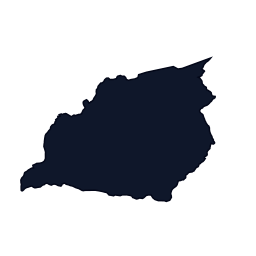 outline of Banita, Hunedoara, Romania, rotated 17°
{"feature_id": "2599482B47151005548823", "entity_name": "Banita", "entity_type": "district", "adm_level": 2, "iso_a3": "ROU", "parent_name": "Romania", "parent_adm1": "Hunedoara", "projection": "mercator", "projection_center": [23.267, 45.473], "detail": "fine", "context": "isolated", "style": "filled", "palette": "ink", "viewbox_px": 256, "rotation_deg": 17, "n_neighbors": 0, "source": "geoboundaries", "source_scale": "gbopen_adm2", "svg_char_len": 5824}
<svg xmlns="http://www.w3.org/2000/svg" viewBox="0 0 256 256"><g transform="rotate(17 128 128)"><path d="M130.4,197.4L134.1,197.0L135.1,195.8L140.3,195.0L142.1,193.6L146.2,192.3L150.0,191.8L151.7,192.0L152.8,193.1L153.9,193.1L156.8,193.4L158.0,192.8L159.5,191.6L162.5,191.1L163.5,190.0L165.2,187.1L167.4,185.9L169.8,185.4L172.2,187.5L174.7,188.5L178.3,188.6L184.0,186.9L186.1,187.0L189.0,184.9L189.8,181.7L189.2,180.2L188.3,178.9L187.9,177.8L187.9,176.9L187.9,175.6L188.0,174.2L188.8,172.5L190.9,169.7L191.5,168.0L191.5,166.8L191.5,163.9L193.4,162.9L193.6,162.9L195.1,161.6L195.8,161.5L196.1,161.4L196.3,161.1L196.5,160.9L196.6,160.5L197.0,159.7L197.4,159.3L197.6,158.9L197.6,158.3L197.0,156.6L197.0,156.2L198.0,155.0L198.5,154.0L198.9,153.0L199.1,152.7L199.4,152.5L200.1,152.3L200.6,151.8L201.2,151.7L201.6,151.4L201.9,151.4L202.2,151.2L202.5,150.8L202.8,150.4L203.3,150.0L203.6,149.8L203.7,149.6L203.7,149.0L204.0,148.5L204.1,148.0L204.2,147.7L204.4,147.2L204.5,146.7L204.9,145.8L205.1,145.4L205.5,145.2L205.9,145.0L206.3,144.5L206.5,143.8L206.5,141.9L206.7,141.5L207.5,140.9L207.6,140.6L208.0,139.7L208.3,139.3L209.4,138.2L209.6,137.9L209.7,137.5L210.2,136.7L210.4,135.8L210.8,134.7L209.9,134.5L209.8,134.1L209.6,133.6L209.6,133.3L209.7,132.9L210.2,132.7L210.7,132.1L211.0,131.5L211.3,131.3L211.5,130.6L211.5,130.3L211.1,129.6L211.1,129.2L210.5,127.9L210.9,126.4L211.1,125.9L211.5,125.1L212.0,124.2L212.3,123.8L212.0,122.5L212.0,121.6L211.8,120.6L211.9,119.8L212.1,118.3L213.2,118.4L214.1,118.5L215.0,117.6L215.2,116.9L214.2,115.8L213.7,115.7L213.4,115.4L213.1,114.4L212.5,113.7L211.5,113.2L211.4,112.9L211.3,112.6L211.1,112.3L210.6,111.4L210.2,111.1L209.5,110.5L209.3,110.3L209.2,110.1L208.8,109.7L208.4,109.2L207.7,108.3L207.1,107.4L206.4,105.9L206.2,105.4L206.0,104.8L205.9,104.2L205.7,104.0L205.5,103.7L204.8,102.7L204.6,102.5L204.1,102.4L203.7,102.3L203.1,101.9L201.6,100.7L201.0,100.2L200.7,99.8L200.3,99.3L199.9,98.9L199.4,98.5L199.1,98.2L198.8,97.6L198.7,97.3L198.5,97.1L197.9,96.5L197.4,95.8L196.7,94.9L196.0,93.8L195.8,93.5L194.9,93.0L194.5,92.9L193.5,92.6L193.1,92.4L192.6,92.0L192.0,91.6L191.8,91.3L191.4,90.5L191.5,89.6L191.9,88.3L192.2,87.9L192.6,87.6L192.9,87.4L193.2,87.1L193.4,86.9L193.6,86.1L193.9,85.6L194.4,85.0L195.5,84.1L195.9,83.8L196.8,83.2L197.0,82.9L197.3,82.5L197.9,81.7L198.2,81.1L198.6,80.4L198.9,79.6L199.3,78.6L199.7,78.4L199.7,78.2L199.9,77.9L200.0,77.8L200.1,77.2L200.3,76.6L200.5,76.1L200.8,75.0L201.3,74.9L201.6,74.7L201.7,74.3L201.9,74.0L202.2,73.8L202.3,73.2L202.3,72.7L202.1,72.3L201.8,72.4L200.4,72.6L199.0,72.7L198.7,72.3L198.1,71.5L197.8,71.0L197.4,70.5L197.2,69.9L195.6,69.1L195.1,69.1L193.9,68.7L192.2,68.4L191.6,67.8L191.2,66.8L190.9,66.2L189.2,65.8L188.2,65.5L187.9,65.0L186.8,64.5L186.2,64.1L185.8,63.5L185.0,61.6L184.1,60.8L181.9,59.2L180.3,58.9L181.5,58.0L183.3,56.2L183.0,55.3L184.5,51.3L184.1,51.0L181.0,50.1L181.8,48.5L182.0,46.6L182.1,45.1L183.0,43.3L183.4,42.3L184.4,41.1L185.0,40.3L186.0,38.4L186.6,36.9L162.4,55.2L158.5,57.0L153.4,56.0L129.4,69.3L122.6,73.9L122.8,76.9L120.2,79.1L116.6,80.9L114.6,82.3L112.3,82.1L110.9,80.4L109.2,79.6L107.1,80.3L105.4,80.0L104.4,80.6L102.9,81.6L102.6,82.5L102.6,84.1L99.7,85.9L96.0,87.1L95.6,86.4L94.5,86.0L92.8,86.7L91.6,88.7L91.3,90.8L90.1,92.5L88.8,93.0L87.2,96.9L87.4,98.4L87.1,99.7L86.6,100.7L86.8,101.4L87.0,102.5L87.4,103.4L87.7,103.8L87.8,104.6L87.8,105.8L87.4,107.4L86.8,109.2L86.6,110.5L86.6,111.0L86.4,112.0L86.0,112.4L85.3,113.5L84.9,114.0L84.6,114.0L84.5,114.4L84.2,114.7L84.0,114.9L83.9,115.4L83.4,115.7L81.8,113.9L80.1,113.1L79.2,113.9L78.4,114.8L77.7,115.6L77.8,115.9L77.7,116.3L77.7,116.7L78.2,117.9L78.9,118.9L79.7,119.8L80.3,120.2L81.0,121.0L80.9,122.3L80.0,123.7L79.8,124.6L79.5,127.3L79.1,127.7L79.4,128.2L78.2,129.1L77.7,129.2L77.2,129.3L76.7,129.6L76.3,130.0L75.4,130.4L75.3,130.7L74.7,131.1L74.5,131.3L74.3,131.4L74.2,131.3L73.9,131.4L73.7,131.7L73.4,131.7L73.2,131.4L72.7,131.4L72.3,131.6L71.0,133.3L70.5,133.7L69.3,133.5L69.0,133.4L68.3,133.2L67.9,133.2L67.1,132.9L66.0,132.8L65.3,132.4L63.8,132.5L63.6,132.8L62.4,133.3L61.8,133.9L61.5,134.1L61.0,134.2L60.1,134.1L58.3,135.4L59.6,136.5L58.9,136.9L58.2,136.9L57.5,137.4L58.1,138.1L57.6,139.5L56.5,141.1L57.0,141.5L56.5,143.6L56.6,144.8L56.8,145.6L55.4,146.6L54.5,147.6L53.8,149.6L54.1,151.8L53.0,153.9L52.4,155.9L51.4,157.7L51.1,159.2L51.2,160.2L51.3,161.0L51.5,162.5L52.0,165.3L52.3,166.1L52.5,167.9L53.0,170.3L54.5,172.4L55.3,173.7L56.2,175.1L56.6,176.8L58.0,181.3L57.8,183.9L56.2,186.1L54.1,187.4L51.0,188.6L50.0,189.7L47.9,191.5L49.3,193.8L48.4,194.1L47.9,194.4L47.2,194.9L45.8,196.5L45.0,197.3L44.7,197.8L44.4,198.4L43.4,199.7L42.9,200.0L42.5,200.5L42.3,200.9L42.2,201.3L42.3,202.5L42.3,203.4L42.3,204.1L42.1,204.6L41.7,205.7L41.2,206.4L41.0,207.4L40.8,208.3L40.8,209.1L41.0,209.8L41.2,210.2L41.4,210.9L41.8,211.8L42.4,212.7L42.6,213.3L42.7,213.8L42.8,214.7L43.0,215.5L44.1,218.8L44.4,219.0L45.1,219.1L45.5,218.8L45.8,218.4L46.3,217.6L46.6,216.8L47.5,215.4L48.7,214.4L50.3,213.4L50.7,213.0L51.3,212.6L52.2,212.0L52.6,211.8L53.4,211.7L53.7,211.8L54.4,212.1L54.9,212.3L56.4,212.4L57.4,212.0L59.0,211.1L61.4,210.0L62.1,208.9L63.0,207.5L63.5,207.2L63.9,207.0L64.3,206.8L64.5,206.4L64.9,205.8L65.4,205.2L65.8,204.9L66.4,204.6L67.0,204.4L67.4,204.5L69.0,204.9L70.6,205.0L71.3,205.0L71.6,204.9L72.2,204.2L72.7,203.8L73.0,203.6L73.8,203.2L74.5,203.1L75.3,203.0L76.2,203.1L76.8,203.2L77.2,203.3L77.6,203.4L78.6,203.4L79.5,203.3L80.0,203.2L80.5,203.2L80.8,203.2L81.1,202.7L81.3,202.3L81.3,201.6L81.5,200.7L83.4,199.3L84.6,199.4L85.2,199.9L87.7,199.7L89.6,199.9L91.9,199.7L95.6,200.3L98.7,200.3L102.4,201.1L103.8,200.9L104.8,200.3L114.8,197.1L118.1,196.6L122.0,196.2L125.0,196.1L125.3,196.0L126.5,196.0L127.0,196.1L127.5,196.4L127.7,196.5L128.2,196.9L128.7,197.0L129.4,197.6L129.8,197.6L130.4,197.4Z" fill="#0f172a" stroke="#020617" stroke-width="1.5"/></g></svg>